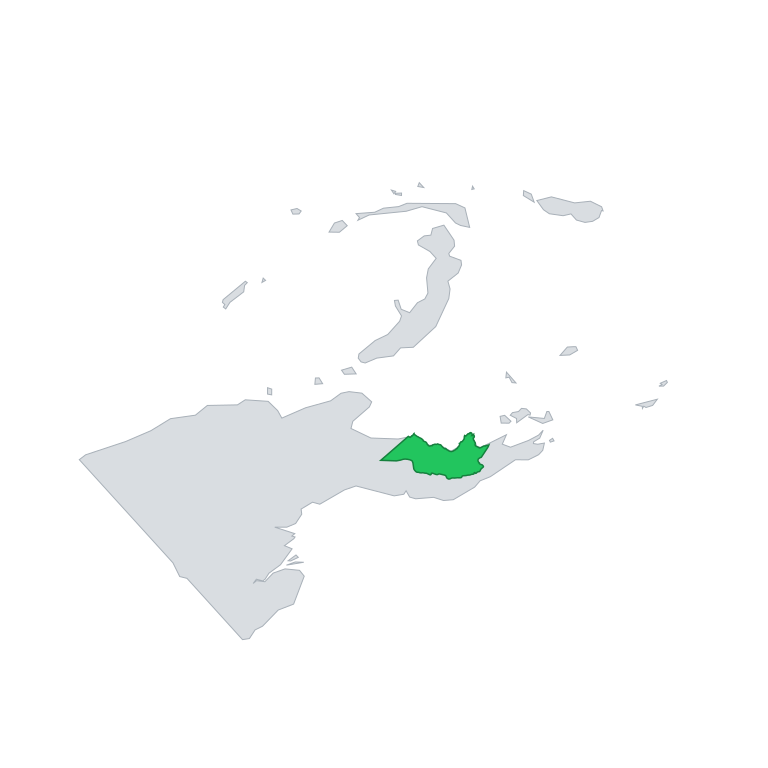 Papua New Guinea, with Northern highlighted, rotated 319°
{"feature_id": "PNG-1256", "entity_name": "Northern", "entity_type": "Province", "adm_level": 1, "iso_a3": "PNG", "parent_name": "Papua New Guinea", "parent_adm1": "", "projection": "albers", "projection_center": [148.587, -8.98], "detail": "fine", "context": "in_parent", "style": "filled", "palette": "green", "viewbox_px": 768, "rotation_deg": 319, "n_neighbors": 0, "source": "natural_earth", "source_scale": "10m", "svg_char_len": 7170}
<svg xmlns="http://www.w3.org/2000/svg" viewBox="0 0 768 768"><g transform="rotate(319 384 384)"><path d="M109.5,484.1L107.8,401.4L103.5,395.3L107.4,380.5L104.4,241.2L112.4,241.7L151.2,257.9L177.4,266.3L200.1,270.1L221.2,283.8L236.6,284.3L259.7,303.6L268.9,304.9L285.2,321.1L286.3,334.3L284.5,342.7L309.2,350.5L332.7,361.7L345.5,362.8L352.6,366.8L361.3,376.4L363.0,389.4L357.9,391.7L336.0,391.7L329.9,395.9L338.7,416.2L358.6,434.8L373.5,443.3L378.0,460.1L385.5,465.3L390.4,478.7L398.1,480.1L413.1,478.0L415.6,483.6L413.3,492.0L415.5,495.4L443.1,502.6L433.8,507.0L438.0,514.7L456.0,521.4L467.1,524.0L473.8,523.3L466.0,527.0L459.0,525.8L457.7,527.0L460.5,530.3L466.3,533.8L460.3,538.2L454.3,538.8L443.1,535.9L433.5,527.4L403.4,523.7L393.0,520.1L384.8,521.3L360.4,516.8L352.5,511.0L347.1,502.1L332.6,491.4L329.2,486.2L330.6,479.1L326.6,480.2L318.3,475.1L296.0,442.6L284.7,438.0L256.7,432.6L252.5,426.3L239.4,424.0L236.5,428.3L225.8,431.3L216.7,428.3L207.6,420.4L218.5,438.4L214.7,438.3L216.5,441.1L214.5,441.6L202.8,440.7L206.5,448.1L187.3,452.5L173.0,451.3L166.2,453.3L163.4,453.1L159.6,447.6L154.4,448.7L158.8,448.8L164.4,455.1L176.3,454.0L188.0,458.6L198.0,469.2L197.7,476.7L171.4,490.8L155.9,485.2L133.4,487.1L125.4,485.0L115.4,487.8L109.5,484.1ZM511.5,298.6L517.0,302.4L522.7,298.5L533.4,303.4L531.2,321.4L527.7,326.3L518.5,328.0L517.4,330.6L523.2,341.2L520.7,345.0L512.8,348.9L499.7,348.3L496.2,355.6L489.0,362.0L460.8,374.6L430.2,375.5L420.2,367.6L409.6,369.0L395.5,359.7L383.6,355.8L381.2,352.3L381.5,347.6L384.8,344.9L405.9,345.4L419.3,349.1L437.0,346.9L441.9,344.1L443.8,332.6L446.7,327.8L449.7,330.0L446.0,338.9L450.1,347.0L462.6,344.6L470.6,346.6L476.8,344.2L485.8,331.8L492.9,326.2L505.8,323.4L505.6,314.2L501.2,301.6L503.1,297.9L511.5,298.6ZM664.5,393.0L662.9,397.1L662.0,395.8L655.5,399.4L648.2,398.1L641.7,393.9L636.8,386.5L636.7,378.3L629.6,374.5L620.5,364.0L618.7,357.1L619.7,345.8L633.1,352.6L646.7,372.4L659.7,381.5L664.5,393.0ZM560.6,304.2L551.4,322.0L545.8,314.6L543.6,309.4L543.3,295.8L529.0,275.1L514.1,268.2L483.7,246.7L471.7,243.3L474.7,242.3L474.7,237.1L489.7,248.3L499.0,251.0L511.4,259.7L519.9,262.7L556.4,294.9L560.6,304.2ZM317.9,214.8L346.8,215.5L347.3,217.8L343.5,218.1L338.6,222.4L321.3,221.3L313.8,223.5L313.2,220.5L316.0,219.6L315.6,216.4L317.9,214.8ZM462.2,489.9L467.4,493.0L471.8,492.6L475.1,496.2L475.6,502.0L473.8,503.3L472.5,501.5L458.7,500.3L461.4,497.0L458.8,490.4L462.2,489.9ZM460.1,240.4L449.9,240.2L442.2,233.3L452.2,230.0L459.8,233.2L460.1,240.4ZM482.4,515.2L488.9,511.6L490.4,512.9L487.9,521.8L477.9,517.9L471.3,503.5L482.4,515.2ZM535.6,477.9L546.6,476.4L551.8,480.4L553.3,481.8L552.2,485.6L543.2,483.9L535.6,477.9ZM560.0,564.7L580.3,574.8L572.7,576.4L566.3,573.6L565.5,571.2L563.0,572.0L564.3,570.3L560.0,564.7ZM369.6,358.1L360.5,350.7L361.0,345.7L370.7,350.1L369.6,358.1ZM455.4,495.4L452.7,495.6L446.8,490.4L450.4,484.6L454.5,486.8L455.4,495.4ZM616.6,345.3L612.8,333.2L616.3,329.7L619.7,337.3L616.6,345.3ZM337.9,343.5L331.6,338.9L336.2,334.5L339.0,336.8L337.9,343.5ZM435.0,199.1L431.4,199.9L426.7,196.0L428.0,191.6L433.5,194.5L435.0,199.1ZM295.9,314.2L292.1,318.5L289.5,315.2L293.7,310.4L295.9,314.2ZM484.2,455.4L484.3,469.8L481.5,466.9L482.9,461.0L480.0,459.3L484.2,455.4ZM200.3,460.1L206.5,465.9L191.5,456.7L200.3,460.1ZM205.6,458.6L197.4,456.3L195.7,454.5L205.4,455.3L205.6,458.6ZM599.5,566.7L598.9,568.7L593.6,569.0L590.1,566.0L593.5,566.8L593.0,564.7L599.5,566.7ZM542.7,255.2L542.9,261.8L539.1,257.1L542.7,255.2ZM522.5,251.4L520.9,253.2L517.0,248.5L517.8,247.6L522.5,251.4ZM475.6,535.6L475.0,538.5L471.4,537.0L471.9,535.1L475.6,535.6ZM519.2,246.3L516.3,247.0L516.8,242.5L519.2,246.3ZM362.3,224.8L362.6,228.1L358.5,227.3L362.3,224.8ZM580.6,292.8L580.1,295.9L577.9,294.8L580.6,292.8Z" fill="#d9dde1" stroke="#a8b0b8" stroke-width="1"/><path d="M368.0,439.5L368.4,440.9L368.8,441.5L369.5,441.5L370.3,441.4L370.9,441.3L371.3,441.7L371.7,441.5L372.1,441.5L373.0,441.5L373.2,441.3L373.8,441.1L374.2,441.1L373.9,441.6L373.9,442.2L374.7,445.6L375.2,446.5L375.4,447.5L376.1,448.9L376.4,449.8L376.6,450.8L376.7,451.9L376.3,452.8L377.4,455.1L377.6,455.9L377.5,456.5L377.1,457.9L377.1,458.6L377.2,459.4L377.3,460.1L377.6,460.7L378.2,461.1L379.5,461.7L379.9,462.2L380.8,461.9L381.5,462.2L382.1,462.5L382.6,462.7L382.9,462.8L383.1,463.0L383.4,463.3L383.5,463.6L383.7,463.9L385.0,464.3L385.3,464.6L385.7,465.6L386.1,466.1L386.6,466.7L386.9,467.3L386.8,469.9L387.2,472.4L387.4,472.7L387.8,472.8L388.0,472.9L388.3,473.1L388.3,473.4L388.3,473.6L388.1,474.0L388.1,474.4L388.4,474.8L388.5,475.1L388.9,476.6L389.5,478.0L390.5,479.2L391.8,479.9L395.0,480.5L396.3,480.4L396.9,480.7L397.2,480.5L398.8,480.1L399.4,480.1L399.9,480.0L400.3,479.9L401.1,479.4L401.5,479.1L401.8,478.7L401.9,478.3L402.2,478.4L402.9,478.4L403.7,478.4L404.2,478.1L405.0,478.7L406.0,478.6L408.4,478.1L408.6,478.0L408.7,477.9L408.8,477.8L408.9,477.4L409.1,477.3L409.3,477.2L409.6,477.1L410.1,476.4L410.5,476.1L411.1,475.8L411.5,476.9L414.8,476.7L415.6,477.4L416.0,477.2L416.3,477.1L416.5,477.3L416.6,477.7L416.9,477.7L417.2,477.4L417.6,477.6L417.8,478.1L417.9,478.5L417.8,479.0L417.6,479.5L417.1,480.2L417.3,480.3L417.5,480.4L417.9,480.5L417.3,480.7L417.0,480.7L416.6,480.7L417.1,481.2L417.8,481.3L418.3,481.5L418.1,482.2L417.8,482.8L417.1,483.3L416.5,483.5L415.9,483.3L415.6,483.6L415.0,484.7L414.8,485.2L414.8,486.0L414.4,487.2L414.3,488.0L414.1,488.6L412.8,489.7L412.5,490.6L412.7,491.4L413.4,492.9L413.6,493.7L414.2,495.0L415.5,495.6L418.1,496.1L419.1,496.6L419.3,496.8L419.7,497.2L419.9,497.4L420.1,497.4L420.5,497.3L421.1,497.8L422.4,498.4L422.1,498.9L422.6,499.0L422.8,499.0L422.3,499.3L420.6,500.0L409.5,503.1L409.2,503.1L407.9,502.6L407.3,502.5L406.4,502.5L405.9,502.5L405.5,502.7L404.9,503.2L404.7,503.4L404.5,503.6L404.4,504.0L404.2,504.6L404.1,504.9L404.2,506.2L403.8,506.4L403.8,506.6L403.8,506.9L403.9,507.2L404.0,507.6L404.9,509.2L405.1,509.6L405.1,510.1L405.1,510.8L405.0,511.2L404.9,511.5L404.7,511.7L404.3,511.8L403.8,511.8L401.8,511.8L401.3,511.9L400.1,512.3L399.2,512.7L398.8,512.7L398.3,512.6L397.4,512.0L397.0,511.8L396.4,511.7L395.3,511.8L394.8,511.7L394.5,511.5L394.4,511.2L394.4,510.8L394.4,510.6L394.4,510.4L394.2,510.2L393.8,510.2L393.5,510.4L393.2,510.6L392.9,510.8L392.7,510.8L392.4,510.7L392.2,510.6L391.0,509.8L390.5,509.5L389.5,509.2L388.9,508.9L387.4,507.7L385.8,506.9L383.3,505.0L382.8,504.9L382.3,504.9L381.8,505.1L381.4,505.3L381.0,505.3L380.5,505.1L379.9,504.7L377.9,502.9L375.6,501.3L374.8,500.5L373.6,499.5L373.1,499.3L371.5,498.9L371.0,498.6L370.4,498.1L369.9,497.0L369.8,496.3L369.9,495.6L370.3,494.5L370.4,493.9L370.3,493.3L370.0,492.6L367.0,488.4L366.4,487.9L366.0,487.7L365.3,487.6L365.0,487.5L364.7,487.3L364.4,487.0L363.9,486.4L362.0,483.0L361.5,482.6L361.3,482.5L361.1,482.5L360.7,482.9L360.4,483.0L360.0,483.1L359.6,483.1L359.2,482.8L358.9,482.3L357.6,479.4L357.4,479.1L357.1,478.8L356.6,478.4L355.3,476.7L354.7,476.1L354.0,475.7L353.5,475.2L352.9,474.6L352.3,473.5L351.1,472.3L350.8,471.8L350.6,471.2L350.5,469.4L350.6,468.7L350.8,467.6L354.1,462.5L354.8,460.4L353.9,458.3L352.4,456.3L350.7,454.5L349.1,453.4L346.4,452.2L343.0,450.2L331.5,439.5L368.0,439.5Z" fill="#22c55e" stroke="#15803d" stroke-width="1.5"/></g></svg>